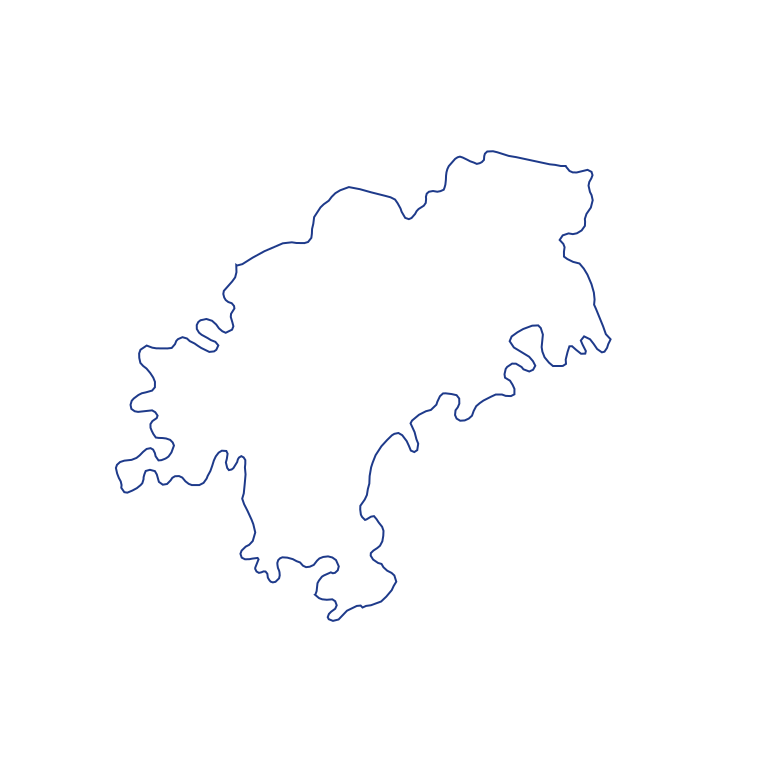 the district of Uzda, Minsk, Belarus, rotated 153°
{"feature_id": "67162791B57084664446232", "entity_name": "Uzda", "entity_type": "district", "adm_level": 2, "iso_a3": "BLR", "parent_name": "Belarus", "parent_adm1": "Minsk", "projection": "mercator", "projection_center": [27.363, 53.476], "detail": "fine", "context": "isolated", "style": "outline", "palette": "blue", "viewbox_px": 768, "rotation_deg": 153, "n_neighbors": 0, "source": "geoboundaries", "source_scale": "gbopen_adm2", "svg_char_len": 6166}
<svg xmlns="http://www.w3.org/2000/svg" viewBox="0 0 768 768"><g transform="rotate(153 384 384)"><path d="M161.8,321.0L163.7,327.7L162.6,335.9L161.0,354.9L160.8,359.3L158.0,363.7L155.5,370.2L153.8,378.8L153.1,389.1L153.6,396.1L155.1,402.6L160.1,407.0L163.9,412.1L165.8,415.8L163.6,420.2L161.0,423.9L160.6,427.4L162.1,432.6L157.3,435.3L151.2,434.4L147.7,431.8L143.7,430.7L138.2,431.1L133.2,433.7L131.2,437.2L130.1,439.9L126.4,443.6L119.6,447.3L114.6,453.0L113.3,458.1L113.3,461.6L111.7,467.9L109.4,470.8L105.8,473.2L103.4,475.4L102.8,478.8L105.4,482.4L116.3,485.0L119.8,486.9L122.0,489.6L123.1,494.8L123.1,495.7L127.4,497.9L132.1,501.6L136.6,504.5L163.2,526.1L169.3,530.6L177.8,539.0L181.2,541.9L186.5,544.3L189.5,543.4L191.2,541.6L193.2,538.3L196.1,537.3L198.5,537.3L201.4,538.0L203.5,540.6L206.1,543.3L208.0,546.0L211.1,550.1L213.1,552.1L215.5,552.6L218.4,552.3L227.4,548.7L230.0,546.7L232.2,544.3L234.1,541.5L236.3,537.6L238.8,533.8L240.9,531.5L242.6,530.0L246.1,530.2L249.2,531.1L252.7,533.7L256.7,534.9L259.5,534.2L261.7,531.7L262.5,529.7L264.6,526.4L267.6,524.8L273.8,524.2L276.5,523.2L279.1,521.4L284.1,519.4L287.0,519.6L289.7,522.4L290.1,529.5L289.6,532.9L289.8,538.9L290.4,543.3L293.4,547.4L297.4,551.0L308.4,560.6L317.0,568.5L325.9,575.4L335.1,576.5L340.7,576.1L345.7,574.5L350.0,572.4L356.1,571.5L360.4,570.2L370.5,564.4L374.3,558.8L377.7,554.8L380.0,550.7L382.4,547.2L387.2,545.0L391.0,545.7L398.0,549.4L401.8,552.1L410.3,555.3L430.2,556.6L443.7,556.2L455.8,555.1L461.2,556.3L461.6,557.1L464.7,550.6L468.2,546.6L472.7,544.3L484.4,539.7L486.3,537.2L487.1,533.6L486.9,530.6L485.5,527.7L483.0,525.1L482.2,521.6L483.0,519.2L488.4,516.0L490.1,513.3L491.1,507.8L492.0,503.8L494.7,501.4L501.8,501.5L504.1,504.4L505.8,508.5L506.5,513.2L508.5,518.4L512.8,522.6L518.6,524.1L521.4,523.5L524.1,521.5L525.8,518.0L525.5,513.7L524.2,510.7L520.3,505.0L518.3,501.7L515.1,498.1L514.1,493.6L517.9,490.6L520.6,490.2L525.1,491.9L530.5,499.1L532.6,502.7L534.4,506.1L537.6,510.4L538.9,514.0L542.3,517.2L547.2,517.5L549.5,516.7L552.1,514.4L556.8,512.5L561.0,514.1L570.6,519.1L574.0,521.6L578.0,526.0L585.4,525.1L588.3,522.4L590.2,518.4L591.5,513.4L590.4,509.4L588.6,505.6L587.3,500.0L586.7,494.5L587.1,489.9L589.6,485.1L593.6,483.4L600.1,484.7L604.0,485.7L607.8,485.7L613.5,484.7L616.4,483.6L619.3,480.5L620.4,476.5L618.5,472.9L615.8,470.8L602.6,465.8L600.6,462.7L600.1,458.6L602.0,456.8L607.2,456.1L610.3,454.3L611.9,451.0L612.2,447.7L612.2,444.1L611.6,439.9L609.3,438.3L605.7,436.3L602.9,434.4L599.9,431.3L598.8,427.8L599.1,424.5L604.5,419.5L608.9,417.2L611.6,416.8L613.3,416.8L616.9,417.2L619.6,418.3L620.3,423.3L619.5,426.5L619.5,430.4L621.1,432.8L625.0,433.9L629.5,432.9L634.2,431.3L638.1,430.5L643.3,431.0L650.2,433.6L654.6,434.3L658.6,433.2L661.0,430.9L662.4,425.4L662.9,420.7L662.8,416.7L663.7,413.1L665.2,410.8L664.5,405.5L662.0,403.7L656.6,403.3L651.5,403.4L646.8,404.4L644.4,405.3L641.5,408.3L640.5,410.1L638.5,412.3L635.8,414.7L631.5,413.8L627.7,410.4L627.5,406.5L629.0,399.0L626.8,394.7L622.7,393.4L617.9,395.0L615.2,396.5L612.1,396.7L608.4,395.0L606.2,392.2L605.1,387.4L603.3,383.6L601.0,381.1L594.4,377.8L589.7,377.8L584.9,380.3L582.9,382.1L578.2,385.3L574.2,389.1L570.3,393.1L566.7,395.9L562.5,397.9L558.8,398.2L554.9,395.9L555.0,392.9L558.0,388.7L560.5,385.9L561.8,380.4L561.3,377.7L558.6,377.0L556.4,377.4L550.3,381.1L548.4,383.2L546.6,384.3L543.9,384.5L542.4,382.3L542.1,379.2L543.9,375.7L545.8,372.8L548.4,366.3L553.4,358.3L558.6,350.2L562.4,346.2L563.2,340.4L563.2,333.1L563.6,323.2L564.1,318.4L566.1,310.2L572.2,303.7L577.2,301.9L581.0,301.9L586.5,300.2L589.0,297.9L589.6,293.9L587.5,291.0L583.7,289.1L580.6,288.2L575.6,286.4L575.4,284.7L582.1,278.8L582.7,277.8L582.7,274.8L581.2,272.5L578.9,271.9L576.4,271.7L574.7,270.7L574.1,267.9L575.4,264.2L575.2,261.2L574.7,259.3L573.1,257.7L570.5,257.0L565.7,258.5L563.8,260.8L562.6,263.7L562.2,265.4L562.0,268.3L561.1,271.1L560.3,273.0L558.2,275.1L555.7,275.9L553.2,275.7L549.0,273.2L544.8,269.4L542.3,265.8L539.8,263.1L538.7,258.9L536.6,256.2L533.1,254.9L528.7,254.7L523.8,257.0L520.7,257.9L516.7,257.5L512.1,255.8L508.8,252.9L506.7,248.9L507.1,242.0L509.8,239.0L513.4,238.0L515.5,238.6L516.9,240.3L524.5,240.7L526.8,240.5L531.2,238.4L533.7,236.7L538.1,230.0L540.8,227.5L541.1,227.5L539.1,222.7L536.8,220.2L532.9,217.7L527.8,215.6L526.1,212.6L526.6,208.3L529.5,205.9L534.5,205.1L537.5,204.1L540.0,201.8L540.0,199.5L537.0,196.1L531.4,194.8L519.9,198.8L509.0,198.6L505.4,197.2L504.6,194.6L500.7,194.4L496.1,192.8L485.3,191.5L478.5,193.5L470.7,196.8L467.0,199.7L462.8,202.3L461.7,208.7L463.0,212.2L465.9,216.2L467.7,221.0L467.9,224.8L470.5,227.2L473.4,232.5L473.8,237.1L472.5,239.3L469.0,240.4L464.4,240.9L461.0,241.7L456.9,244.6L453.6,249.0L451.1,253.4L450.5,257.6L451.6,263.1L452.0,266.9L452.9,270.8L455.8,271.7L461.0,271.3L462.6,271.5L463.9,275.5L463.9,278.1L462.2,282.9L460.4,286.2L453.6,289.8L449.6,292.9L446.1,297.7L442.3,301.9L438.6,308.5L433.3,315.6L429.8,319.1L423.8,324.4L414.6,329.7L406.6,332.7L400.2,334.7L397.4,334.9L393.4,333.8L391.0,330.1L389.7,322.8L389.9,317.5L390.3,312.5L387.9,309.6L384.4,310.0L380.6,315.3L380.2,320.0L378.6,327.2L378.2,336.9L375.6,338.7L366.8,340.7L359.0,340.7L354.0,339.6L346.7,341.8L344.5,344.0L339.7,347.7L335.7,348.8L333.3,347.7L328.4,344.4L324.4,341.1L323.6,336.9L325.8,332.3L328.9,329.7L332.2,328.1L334.8,324.1L335.0,320.2L332.8,316.7L328.6,314.9L324.2,314.7L320.0,315.8L316.3,319.3L311.9,322.4L307.3,323.5L302.9,324.1L294.3,324.1L289.2,323.9L283.7,321.1L281.0,318.2L276.4,315.6L272.5,315.6L270.0,320.4L269.8,324.8L270.2,329.7L273.3,334.7L272.2,338.0L268.7,342.2L266.5,343.3L260.6,344.0L257.2,342.2L253.7,336.7L253.1,333.8L248.9,329.2L244.7,329.0L240.9,331.6L240.9,336.7L242.3,342.4L251.7,357.6L252.6,365.1L248.7,368.4L241.6,369.5L235.0,369.8L225.5,368.7L220.0,366.2L218.9,362.7L220.0,355.9L226.8,345.3L228.2,340.9L228.8,334.9L227.3,328.1L225.3,323.3L216.5,318.9L212.7,319.3L211.0,323.3L205.9,329.2L201.7,333.4L199.3,332.3L197.3,327.2L194.7,321.5L190.9,319.7L189.2,321.7L189.2,329.0L188.9,333.4L184.1,335.6L180.1,330.3L179.0,324.6L178.2,318.4L175.5,313.3L172.9,312.7L168.9,314.9L166.0,317.8L163.0,320.0L161.8,321.0Z" fill="none" stroke="#1e3a8a" stroke-width="2"/></g></svg>